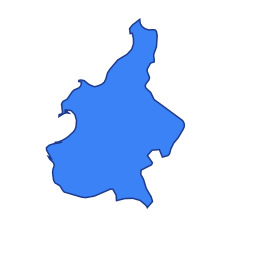 the border of Oristrano, rotated 43°
{"feature_id": "ITA-5373", "entity_name": "Oristrano", "entity_type": "Province", "adm_level": 1, "iso_a3": "ITA", "parent_name": "Italy", "parent_adm1": "", "projection": "orthographic", "projection_center": [8.647, 40.028], "detail": "fine", "context": "isolated", "style": "filled", "palette": "blue", "viewbox_px": 256, "rotation_deg": 43, "n_neighbors": 0, "source": "natural_earth", "source_scale": "10m", "svg_char_len": 1851}
<svg xmlns="http://www.w3.org/2000/svg" viewBox="0 0 256 256"><g transform="rotate(43 128 128)"><path d="M89.4,203.3L92.5,202.6L83.5,199.7L81.7,197.9L82.2,194.1L84.4,190.2L87.2,186.7L88.9,184.0L87.7,184.0L87.1,185.5L86.3,186.8L85.3,187.9L84.1,188.6L86.2,186.3L88.1,182.5L89.5,178.4L90.1,175.3L90.7,168.1L90.4,165.5L88.9,162.2L85.1,157.5L80.0,154.4L74.6,154.0L69.7,157.5L70.9,158.9L71.5,157.7L72.3,157.5L73.3,157.6L74.6,157.5L72.6,158.9L71.3,161.0L69.7,166.8L68.5,165.1L70.1,162.5L68.9,160.6L66.7,159.0L64.2,156.6L63.7,156.4L63.2,156.0L62.6,154.3L62.4,152.6L62.9,151.1L63.5,149.7L63.8,148.1L62.5,139.7L62.6,137.1L64.7,132.2L64.8,129.4L62.7,126.2L60.2,127.6L59.6,126.7L60.9,124.9L63.9,123.1L64.4,123.2L69.7,122.8L72.8,121.7L74.1,121.4L75.6,120.3L77.4,117.6L78.9,114.1L79.4,110.7L78.5,107.6L75.4,101.5L74.7,97.3L74.1,85.2L77.1,74.7L77.0,67.9L74.7,62.8L71.0,58.9L66.5,55.8L65.2,57.5L61.4,54.3L61.0,49.7L62.5,40.5L65.6,43.2L69.2,44.2L72.8,43.8L76.3,42.1L80.0,38.4L81.4,37.7L83.0,38.1L86.4,40.6L93.4,49.2L96.3,55.9L97.3,57.5L101.0,60.5L102.1,61.9L100.5,64.5L100.4,65.8L101.8,71.6L103.4,73.5L109.3,76.4L110.5,78.6L111.0,83.8L112.1,85.7L114.0,86.6L120.2,86.5L127.7,89.4L162.0,85.4L163.7,85.5L165.3,86.1L166.9,87.1L168.3,88.9L169.2,91.2L171.3,101.0L171.7,107.9L173.6,114.1L175.9,118.4L176.1,120.0L175.7,121.5L173.0,125.8L165.7,122.4L160.7,127.8L161.0,134.9L169.6,136.8L170.3,138.8L166.3,149.9L169.0,153.2L174.4,155.0L182.6,159.8L191.8,162.5L195.6,164.7L196.0,165.0L196.1,165.4L196.4,173.1L195.6,172.7L193.3,172.3L186.2,172.7L179.5,176.1L173.7,181.9L169.1,189.0L165.2,185.2L158.9,183.2L158.2,183.4L157.5,184.0L156.8,184.8L149.8,200.8L144.5,207.8L141.2,210.2L125.1,218.3L123.2,218.2L117.7,216.7L112.0,217.9L109.1,216.9L103.2,212.0L101.2,209.2L99.8,206.0L99.1,205.2L96.8,204.2L91.8,204.1L89.4,203.3Z" fill="#3b82f6" stroke="#1e3a8a" stroke-width="1.5"/></g></svg>